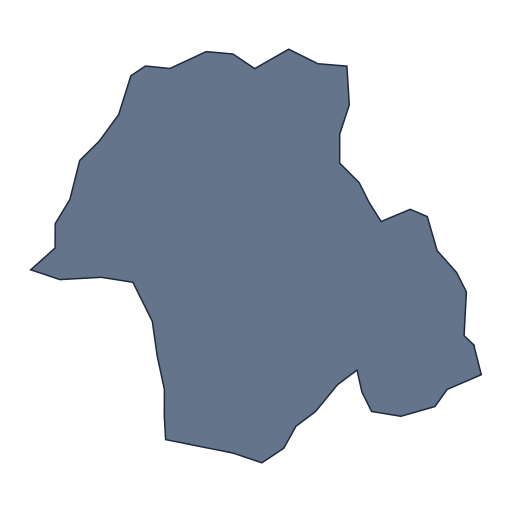 the district of Gnosjö, Jönköping, Sweden
{"feature_id": "70781695B2934686109995", "entity_name": "Gnosjö", "entity_type": "district", "adm_level": 2, "iso_a3": "SWE", "parent_name": "Sweden", "parent_adm1": "Jönköping", "projection": "orthographic", "projection_center": [13.855, 57.379], "detail": "fine", "context": "isolated", "style": "filled", "palette": "slate", "viewbox_px": 512, "rotation_deg": 0, "n_neighbors": 0, "source": "geoboundaries", "source_scale": "gbopen_adm2", "svg_char_len": 763}
<svg xmlns="http://www.w3.org/2000/svg" viewBox="0 0 512 512"><path d="M474.2,345.3L464.1,335.7L466.4,291.9L456.6,272.5L437.1,250.6L427.3,216.6L410.2,209.3L381.1,221.5L368.9,202.1L359.2,182.7L339.7,163.2L339.7,134.1L349.3,105.0L346.9,66.1L346.7,66.1L317.8,63.7L288.7,49.2L254.7,68.6L232.9,54.0L206.2,51.6L169.8,68.5L145.5,66.0L130.9,75.7L118.7,114.5L99.2,141.2L79.7,160.5L69.9,199.4L55.2,223.7L55.1,248.0L30.7,269.8L59.9,279.6L101.3,277.3L132.9,282.3L152.3,321.3L157.1,355.4L164.4,389.5L164.3,416.4L165.6,439.6L196.0,445.7L232.6,453.0L261.9,462.8L283.8,448.2L296.0,426.2L315.5,411.6L337.5,384.7L357.0,370.1L361.9,392.0L371.6,411.5L400.9,416.3L435.0,406.5L447.2,389.4L481.3,374.7L473.9,345.5L474.2,345.3Z" fill="#64748b" stroke="#1e293b" stroke-width="1.5"/></svg>